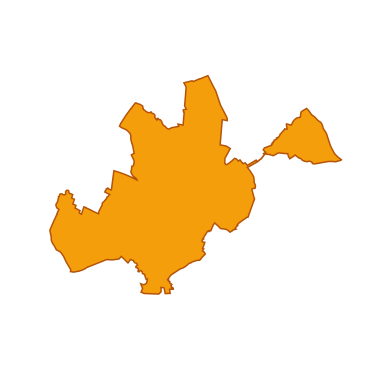 Satu Mare, Satu Mare, Romania (Equal Earth projection), rotated 30°
{"feature_id": "2599482B28482924901010", "entity_name": "Satu Mare", "entity_type": "district", "adm_level": 2, "iso_a3": "ROU", "parent_name": "Romania", "parent_adm1": "Satu Mare", "projection": "equal_earth", "projection_center": [22.859, 47.796], "detail": "fine", "context": "isolated", "style": "filled", "palette": "amber", "viewbox_px": 384, "rotation_deg": 30, "n_neighbors": 0, "source": "geoboundaries", "source_scale": "gbopen_adm2", "svg_char_len": 6035}
<svg xmlns="http://www.w3.org/2000/svg" viewBox="0 0 384 384"><g transform="rotate(30 192 192)"><path d="M112.9,311.9L118.0,315.5L125.4,319.6L126.2,320.6L126.5,321.7L129.5,320.6L133.8,317.0L136.4,313.9L138.0,311.6L138.5,310.2L139.4,309.0L152.2,292.8L152.5,292.9L156.4,290.9L159.5,288.7L162.3,286.4L163.0,283.1L172.0,285.4L172.4,282.1L172.3,281.3L173.1,281.0L174.2,281.0L175.5,280.6L176.5,281.4L177.8,281.9L179.5,281.5L180.9,282.1L181.3,282.5L181.0,283.1L180.7,283.6L180.9,284.4L180.7,285.0L181.4,285.4L182.8,284.9L183.5,285.5L184.2,285.5L184.6,286.5L184.8,287.6L185.0,287.8L185.5,287.8L186.2,287.5L186.4,287.2L186.3,286.3L186.4,286.0L186.7,285.7L187.3,285.6L188.8,286.0L189.4,287.0L190.0,287.4L190.4,287.4L191.2,286.9L192.3,287.6L192.8,287.6L193.1,288.1L194.5,289.4L196.0,290.6L196.9,289.7L197.9,292.5L198.1,294.1L197.7,295.1L196.1,296.7L193.5,297.1L196.9,299.8L197.4,300.0L198.0,304.2L201.3,303.8L213.9,297.2L214.3,296.8L215.1,294.2L215.0,293.6L214.4,292.6L212.9,290.2L215.2,289.1L215.8,289.1L219.6,293.4L223.8,290.7L221.2,287.5L224.4,285.5L223.7,284.6L223.1,284.5L222.6,285.1L222.4,285.2L222.0,285.2L221.9,285.1L221.6,284.1L221.1,284.0L220.7,283.6L220.6,283.2L220.8,282.2L219.4,281.9L218.6,282.0L218.0,281.6L217.8,280.9L217.6,280.8L216.8,281.1L216.1,281.0L215.9,280.8L215.9,280.6L216.2,280.1L215.9,279.8L214.8,280.2L214.6,280.1L214.9,278.6L215.1,275.0L215.6,273.8L219.7,265.5L220.8,263.8L221.9,262.7L223.2,260.5L224.6,257.2L225.1,255.3L226.5,253.9L227.1,252.5L230.1,249.1L232.7,247.2L233.1,246.3L233.2,246.0L233.2,244.4L234.5,239.1L232.5,237.9L232.2,237.8L230.6,237.8L230.6,235.5L229.9,235.7L229.4,235.7L228.7,231.2L228.3,229.2L225.9,230.0L224.8,228.7L225.5,226.9L224.8,226.9L225.1,218.3L225.7,218.2L225.7,217.3L227.0,217.3L227.0,216.1L227.7,215.9L226.9,209.9L227.1,207.5L232.1,208.5L233.5,209.0L235.2,209.3L236.3,208.9L238.4,207.9L240.4,207.3L242.2,207.2L245.0,207.8L246.4,205.3L246.2,205.0L246.7,204.2L248.7,202.1L247.4,201.8L248.3,198.0L247.6,197.9L248.4,194.5L248.7,194.5L249.6,191.8L249.8,191.8L251.3,188.5L252.2,186.6L252.2,186.4L252.8,185.9L253.1,185.8L250.5,171.8L250.2,170.7L250.1,169.0L249.6,166.6L249.1,166.4L242.4,159.7L242.8,158.7L244.2,157.8L244.8,156.9L243.6,154.5L241.0,152.6L239.5,150.1L237.9,148.2L236.9,147.4L232.8,145.2L227.5,142.9L228.6,141.7L233.3,133.6L233.2,133.6L233.7,132.7L235.4,128.5L236.1,123.4L236.9,121.7L237.7,122.0L239.9,121.0L243.1,120.1L244.2,120.0L247.3,114.9L255.3,111.3L255.6,110.9L257.9,113.1L260.1,114.3L263.1,108.3L263.5,108.5L267.7,109.1L268.5,109.0L269.4,108.6L271.6,109.3L272.5,109.3L274.0,109.1L276.7,108.1L278.0,106.7L279.2,106.3L280.7,106.2L281.2,106.4L281.7,106.9L282.3,107.1L284.1,106.4L295.1,97.2L298.3,95.4L301.3,94.0L305.2,89.9L305.3,89.4L300.9,88.8L297.2,87.8L295.8,87.2L289.8,83.5L286.9,81.1L279.6,74.5L277.8,73.3L273.9,71.4L272.3,69.7L270.4,68.2L268.7,67.3L265.4,67.1L260.6,65.6L257.3,65.4L252.6,63.3L249.5,62.3L247.5,65.8L246.5,68.1L246.5,68.5L248.4,73.1L245.9,75.3L244.7,77.9L244.5,78.8L244.3,80.2L244.5,84.4L239.8,85.8L240.0,86.4L242.9,90.0L241.7,90.7L240.7,91.0L241.0,91.8L240.8,91.9L240.3,94.1L239.6,97.7L239.4,98.1L239.5,98.5L239.7,99.2L239.7,100.3L239.3,101.5L238.4,102.6L239.1,102.7L238.0,105.1L237.3,106.1L237.6,106.3L237.6,106.5L237.5,107.1L237.5,107.5L237.1,108.6L237.5,108.5L237.5,109.8L237.0,110.7L237.5,110.7L237.5,111.6L237.3,112.2L235.4,114.2L234.9,115.1L232.9,117.2L232.6,117.9L232.7,120.0L235.8,120.7L235.4,122.0L234.7,122.9L235.9,123.4L235.2,128.6L233.2,133.1L231.6,132.3L226.6,141.2L223.4,140.2L222.0,142.0L217.5,140.2L216.7,142.1L215.4,141.6L213.5,141.2L212.0,141.6L211.0,145.3L210.7,145.7L209.8,148.1L208.4,150.9L207.8,151.4L206.9,150.9L206.2,150.9L203.7,146.5L203.4,135.2L198.7,135.1L192.8,137.1L182.0,114.2L186.8,112.6L186.2,111.4L185.6,110.7L184.3,109.6L173.1,102.4L162.0,92.6L156.7,89.3L150.2,85.0L147.6,83.3L142.4,90.0L141.9,90.5L141.8,90.4L137.9,95.6L136.6,95.6L136.3,95.8L130.4,101.5L134.5,104.1L142.6,121.2L145.7,123.1L143.4,125.2L143.4,125.5L144.9,127.1L145.4,126.9L150.8,138.5L145.9,140.2L147.7,141.8L142.2,146.5L140.5,149.1L139.3,149.4L137.6,149.2L135.7,148.5L134.5,148.7L133.8,148.4L131.8,147.4L131.1,146.6L130.1,145.9L128.8,145.4L128.6,145.3L127.4,145.7L126.7,145.6L126.1,145.3L125.6,145.3L125.4,145.9L125.9,146.7L125.8,146.9L125.4,147.3L125.2,147.3L124.4,146.9L124.1,146.4L122.4,146.1L122.1,145.7L121.9,144.6L121.6,144.2L121.3,143.9L120.6,143.6L118.8,143.5L118.0,143.9L116.5,143.1L115.8,144.3L114.4,145.2L112.0,145.2L111.8,145.3L110.0,144.8L109.3,144.9L108.0,144.5L107.8,143.8L107.1,143.3L106.2,142.2L103.1,142.1L100.8,142.7L98.8,142.8L98.3,143.5L98.1,145.9L97.7,147.7L97.6,148.3L97.8,148.9L97.8,149.5L97.7,149.8L97.4,149.9L96.5,158.3L96.0,168.1L96.3,171.3L99.0,171.5L103.7,171.0L105.8,171.3L108.2,172.0L109.1,172.4L109.7,172.8L110.7,173.7L112.9,177.2L113.8,178.2L118.0,182.1L121.8,186.6L122.6,187.3L120.9,190.2L126.3,193.9L127.1,195.5L127.5,196.8L127.8,197.1L128.0,198.1L127.8,199.0L127.0,199.7L127.8,201.3L129.1,205.3L129.9,205.7L130.4,206.3L132.5,207.5L133.4,207.8L136.1,208.0L137.7,208.6L138.4,209.1L132.0,209.5L125.9,210.2L119.5,211.3L113.7,212.6L121.1,230.4L120.3,231.0L117.0,230.7L116.7,231.9L116.2,232.2L116.6,233.4L116.5,234.1L116.3,234.6L116.5,235.6L122.0,235.3L121.5,237.8L120.9,239.0L121.2,240.5L121.1,241.6L120.7,242.8L120.5,244.4L119.8,246.4L120.7,248.0L121.0,254.6L121.2,255.8L121.9,257.6L117.1,258.1L112.9,258.3L112.8,258.2L108.2,258.8L108.1,258.5L105.8,258.9L107.4,266.5L104.8,266.5L104.3,264.1L98.8,264.4L98.2,261.6L94.9,262.0L93.8,257.1L90.8,257.4L90.0,253.9L87.3,254.2L86.7,254.5L85.3,253.7L85.2,253.3L84.7,252.7L84.2,252.5L83.4,252.7L82.7,253.1L82.3,254.4L82.5,255.3L83.6,256.7L83.7,257.0L83.4,257.7L82.5,258.6L81.7,258.8L80.4,258.6L78.7,259.7L79.1,262.4L78.8,262.7L79.2,262.9L79.4,264.7L80.4,267.1L80.4,270.8L80.8,271.3L80.8,271.5L81.1,271.9L82.8,273.3L83.7,273.5L85.4,273.6L85.9,278.3L86.2,278.4L86.5,278.9L86.2,279.6L86.7,284.2L86.6,284.3L87.0,288.1L88.0,296.2L92.4,301.2L94.2,304.0L96.5,305.9L100.7,308.1L103.4,309.9L107.1,309.7L109.0,310.1L112.9,311.9Z" fill="#f59e0b" stroke="#b45309" stroke-width="1.5"/></g></svg>